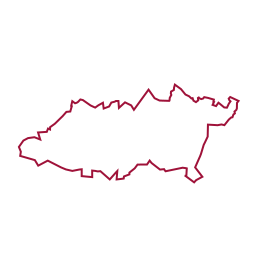 the district of Soyopa, Sonora, Mexico, rotated 297°
{"feature_id": "50627088B25999979244986", "entity_name": "Soyopa", "entity_type": "district", "adm_level": 2, "iso_a3": "MEX", "parent_name": "Mexico", "parent_adm1": "Sonora", "projection": "robinson", "projection_center": [-109.561, 28.809], "detail": "fine", "context": "isolated", "style": "outline", "palette": "rose", "viewbox_px": 256, "rotation_deg": 297, "n_neighbors": 0, "source": "geoboundaries", "source_scale": "gbopen_adm2", "svg_char_len": 2115}
<svg xmlns="http://www.w3.org/2000/svg" viewBox="0 0 256 256"><g transform="rotate(297 128 128)"><path d="M185.0,216.2L187.9,215.8L189.5,216.6L191.0,215.4L192.5,216.0L193.4,216.3L194.9,216.1L199.9,213.7L202.3,214.2L202.2,211.2L202.1,207.9L202.0,205.0L199.9,204.4L198.7,205.8L198.3,207.2L195.5,206.8L192.5,206.9L192.1,206.9L191.0,206.9L190.0,204.4L191.2,199.1L191.6,197.1L187.5,196.5L187.0,192.9L190.2,192.8L190.1,192.2L192.3,191.6L191.3,186.5L191.3,186.2L190.1,181.9L189.5,181.8L188.3,181.5L187.0,180.1L186.9,178.1L187.3,177.2L186.5,176.7L184.5,178.0L181.9,176.8L182.1,173.9L183.9,172.0L183.1,171.2L184.0,168.0L183.9,164.0L186.7,157.6L187.9,150.1L184.9,150.7L182.7,151.6L180.0,149.8L178.2,150.5L177.1,151.6L173.9,151.5L171.6,152.4L171.2,152.5L170.9,152.4L167.6,145.4L166.8,143.6L166.6,138.2L171.5,128.9L146.9,125.0L149.6,120.6L149.5,113.7L141.8,110.8L147.7,107.2L146.6,105.0L145.4,104.2L143.9,102.5L143.1,101.6L138.6,101.4L134.3,97.5L139.1,94.2L134.8,91.3L131.3,89.5L131.2,87.9L131.1,84.4L132.4,75.1L131.8,72.6L128.5,71.6L127.3,70.9L126.0,69.6L126.6,66.2L122.0,67.3L121.4,67.7L121.6,68.1L118.9,68.6L116.5,69.1L114.4,65.8L109.0,64.4L108.5,64.3L108.4,64.2L99.5,61.2L98.4,60.8L95.7,59.4L93.3,58.2L91.3,59.2L91.2,57.0L87.7,57.4L83.2,49.9L77.9,55.0L77.3,48.8L73.6,43.5L69.3,40.5L61.6,39.4L58.2,43.3L54.2,44.6L57.1,59.6L53.7,65.1L62.5,71.3L62.5,73.9L62.5,84.9L62.5,85.4L62.5,86.3L62.9,91.5L64.5,97.9L68.2,102.6L69.2,103.9L69.3,104.1L70.2,105.5L64.1,108.6L68.0,118.4L73.8,115.4L74.9,118.3L75.6,120.8L77.0,123.0L73.9,135.1L82.8,137.4L84.8,138.0L77.0,141.2L79.8,145.4L81.0,147.1L83.0,146.4L87.3,150.3L88.9,149.5L93.1,151.4L95.1,152.3L99.7,153.1L101.4,156.3L102.0,157.4L104.1,161.5L108.8,162.1L107.5,164.9L105.5,175.4L107.7,178.8L107.0,180.0L106.5,181.1L117.4,194.7L118.5,197.8L118.7,198.7L112.1,201.6L111.9,201.6L111.1,200.2L111.4,201.2L111.3,201.6L109.6,211.6L112.5,212.4L118.3,216.4L123.4,205.7L134.4,205.1L135.0,205.1L138.0,204.8L147.4,203.1L149.7,203.1L149.8,203.1L156.5,202.9L167.3,197.7L171.2,206.6L173.6,209.7L174.3,212.6L181.3,214.0L184.3,215.2L185.0,216.2Z" fill="none" stroke="#9f1239" stroke-width="2"/></g></svg>